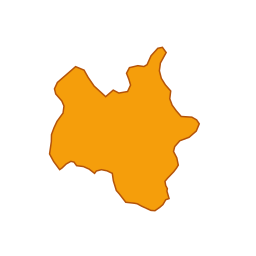 outline of Gwangju-si, Gyeonggi, South Korea, rotated 139°
{"feature_id": "91817680B33140835215225", "entity_name": "Gwangju-si", "entity_type": "district", "adm_level": 2, "iso_a3": "KOR", "parent_name": "South Korea", "parent_adm1": "Gyeonggi", "projection": "natural_earth1", "projection_center": [127.301, 37.396], "detail": "fine", "context": "isolated", "style": "filled", "palette": "amber", "viewbox_px": 256, "rotation_deg": 139, "n_neighbors": 0, "source": "geoboundaries", "source_scale": "gbopen_adm2", "svg_char_len": 1178}
<svg xmlns="http://www.w3.org/2000/svg" viewBox="0 0 256 256"><g transform="rotate(139 128 128)"><path d="M143.3,47.8L140.0,54.9L138.1,56.4L137.3,59.8L135.1,63.5L130.9,64.2L124.5,64.8L122.3,65.0L117.9,65.9L114.4,67.0L110.8,73.4L109.1,80.4L105.0,83.3L97.3,84.4L87.9,80.9L78.5,80.9L71.5,84.4L71.4,85.1L70.9,89.1L72.7,94.3L80.3,101.8L80.3,109.4L79.7,116.3L77.3,122.7L71.5,127.9L71.5,136.1L70.3,143.6L66.8,150.6L60.9,155.8L49.7,159.9L49.1,166.3L52.5,168.2L53.2,168.6L63.2,167.4L72.0,163.3L75.6,163.9L79.7,168.6L87.3,172.6L93.2,170.3L95.5,163.9L97.9,158.7L104.4,155.8L112.0,160.4L114.3,166.3L124.3,166.3L126.1,181.9L124.9,192.4L123.2,200.5L127.3,208.7L151.4,208.7L157.8,205.8L160.2,201.1L160.2,191.8L161.9,186.6L167.2,181.9L177.2,179.6L183.7,176.7L190.1,173.2L194.8,168.0L204.2,159.9L204.8,157.4L206.1,151.5L206.9,141.4L203.9,141.1L198.2,141.4L193.0,140.3L191.1,137.7L191.5,133.3L189.2,130.7L186.9,128.1L184.3,122.5L183.0,115.7L180.1,116.3L175.4,114.0L171.9,109.4L169.6,104.1L173.7,97.7L177.8,88.5L177.8,83.8L178.4,73.4L172.5,67.0L170.7,64.7L169.0,60.1L164.8,50.8L161.9,47.9L156.0,47.3L151.9,47.3L146.6,49.1L143.3,47.8Z" fill="#f59e0b" stroke="#b45309" stroke-width="1.5"/></g></svg>